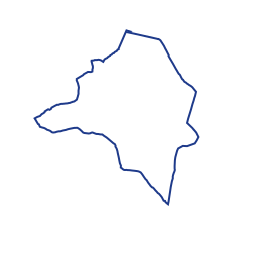 outline of Abu Jubayhah, South Kordufan, Sudan, rotated 331°
{"feature_id": "16777658B72808091845483", "entity_name": "Abu Jubayhah", "entity_type": "district", "adm_level": 2, "iso_a3": "SDN", "parent_name": "Sudan", "parent_adm1": "South Kordufan", "projection": "mercator", "projection_center": [31.566, 10.99], "detail": "fine", "context": "isolated", "style": "outline", "palette": "blue", "viewbox_px": 256, "rotation_deg": 331, "n_neighbors": 0, "source": "geoboundaries", "source_scale": "gbopen_adm2", "svg_char_len": 3732}
<svg xmlns="http://www.w3.org/2000/svg" viewBox="0 0 256 256"><g transform="rotate(331 128 128)"><path d="M176.6,44.6L176.2,44.2L175.8,43.7L175.7,43.7L174.8,42.8L174.7,42.7L174.5,42.4L174.3,42.2L174.2,42.1L174.0,41.9L166.2,47.9L158.5,53.8L158.1,54.5L156.9,54.3L155.7,55.0L153.2,55.0L152.2,55.5L151.3,55.3L150.5,55.3L149.3,55.8L148.0,55.6L147.3,56.3L146.4,56.3L144.8,56.4L143.7,56.8L142.0,56.7L140.7,56.8L138.4,58.2L137.8,57.1L137.5,56.3L136.3,54.9L135.3,54.1L134.0,53.7L132.8,53.1L131.8,52.5L130.9,52.5L128.8,51.6L128.3,52.3L127.9,54.2L127.5,55.5L127.3,56.8L126.4,58.5L125.2,59.7L124.8,60.5L124.2,61.4L122.7,61.2L120.2,59.6L115.6,59.6L114.3,60.1L113.5,60.1L110.4,60.2L107.0,60.3L106.8,60.7L106.4,61.3L106.2,61.7L106.2,61.8L106.2,62.0L106.1,63.2L106.1,63.3L106.0,63.8L105.9,64.9L105.5,66.1L105.4,66.7L105.3,67.0L105.2,67.2L105.2,67.5L105.0,68.0L104.8,68.5L104.7,68.9L104.5,69.2L104.0,69.8L103.3,70.8L103.0,71.1L102.8,71.4L102.7,71.6L102.5,71.9L102.3,72.4L102.0,72.8L101.6,73.7L101.4,74.0L101.2,74.2L101.1,74.4L100.8,74.7L100.4,75.1L99.9,75.6L99.2,76.4L98.6,76.9L97.1,78.4L96.2,78.5L94.6,78.7L94.1,78.8L93.7,78.7L93.3,78.6L92.7,78.4L92.4,78.4L92.2,78.3L91.9,78.3L90.9,78.1L90.1,78.0L89.7,78.0L89.5,77.9L89.4,77.9L89.1,77.8L88.1,77.4L87.5,77.3L86.5,76.9L86.3,76.8L85.7,76.5L85.2,76.3L84.4,76.0L83.3,75.5L83.1,75.4L82.6,75.2L81.4,74.6L80.8,74.3L79.2,74.0L78.1,73.9L77.1,73.2L74.6,73.1L73.0,73.1L70.9,73.1L69.6,74.0L68.1,74.0L67.2,72.9L66.1,72.9L63.1,73.1L62.6,73.8L61.7,73.9L60.8,74.0L59.2,74.0L58.2,74.3L56.8,74.8L54.0,74.3L51.0,74.3L51.2,80.8L51.8,81.6L51.5,84.2L53.1,85.9L54.4,87.1L55.5,88.6L56.2,90.1L57.7,91.7L58.7,93.1L58.9,93.7L59.2,94.6L60.2,95.6L62.1,96.4L63.5,96.6L65.5,97.2L67.3,98.1L69.8,98.6L72.8,99.6L75.0,100.0L77.4,100.7L79.9,101.5L81.4,102.0L82.7,102.7L83.9,103.3L84.6,104.5L85.2,105.7L86.0,108.0L86.6,110.2L87.4,111.2L88.8,112.2L91.0,113.8L92.4,114.3L93.9,114.4L94.9,114.8L96.1,116.3L97.4,117.8L99.2,118.9L100.6,120.1L102.5,121.3L103.2,123.1L104.7,125.9L105.6,128.2L107.8,134.1L108.7,135.8L108.6,137.4L108.0,138.2L108.1,140.4L107.6,142.9L106.7,145.6L106.7,145.8L106.6,146.0L106.2,147.4L106.1,147.8L105.9,148.4L105.7,149.1L105.1,151.0L104.9,151.5L104.8,151.8L103.8,155.0L103.6,157.4L102.5,159.1L103.0,160.0L103.1,160.3L103.5,161.5L104.1,162.6L105.0,163.3L106.2,163.8L107.2,164.6L109.0,165.7L110.6,166.9L113.0,168.6L114.5,169.7L115.8,170.7L116.7,171.7L117.6,173.1L118.0,175.6L118.2,178.4L118.5,181.3L119.0,182.6L119.1,185.4L119.3,187.0L119.4,187.4L119.5,187.9L119.5,188.4L119.6,188.9L119.6,189.4L120.0,190.7L120.1,191.3L120.9,192.2L121.3,193.5L121.7,195.8L122.2,197.6L122.5,199.3L123.2,200.6L123.7,203.0L124.0,204.9L123.9,208.9L125.0,209.7L124.8,210.6L125.2,212.1L126.0,214.1L127.8,212.0L133.9,204.1L136.8,200.3L140.6,195.8L142.0,194.5L142.8,193.7L143.5,192.3L144.5,191.1L146.2,189.5L147.4,188.6L148.6,187.4L149.1,186.1L150.3,183.9L153.4,178.9L155.3,176.4L159.9,171.7L161.9,170.2L167.2,170.2L170.9,172.5L178.9,173.8L182.1,172.1L185.2,170.0L185.4,165.0L185.0,162.9L184.9,162.3L184.8,162.0L184.8,161.9L184.7,161.7L184.7,161.3L184.6,161.2L184.6,160.9L184.5,160.7L184.3,159.3L182.1,152.2L185.0,149.1L192.2,142.2L196.1,138.2L198.6,135.9L200.6,133.8L201.3,133.2L202.1,132.5L205.0,129.3L204.3,125.4L204.0,123.6L203.2,121.6L202.1,119.8L201.8,119.0L201.4,118.3L201.1,117.8L200.7,116.5L199.7,114.9L199.5,113.0L199.5,112.5L199.0,111.6L199.0,110.0L199.0,108.9L199.1,108.0L199.1,106.4L198.6,105.3L198.5,103.1L198.5,101.9L198.4,99.5L198.4,97.4L198.4,93.7L198.3,90.6L198.2,87.3L198.2,85.4L198.2,84.8L199.0,83.9L199.2,77.0L199.1,77.3L199.3,73.5L199.1,70.3L199.1,70.2L199.1,69.8L199.0,69.3L198.9,67.3L198.6,66.3L197.8,64.9L197.3,64.7L196.5,63.9L179.3,48.6L174.7,44.6L176.6,44.6Z" fill="none" stroke="#1e3a8a" stroke-width="2"/></g></svg>